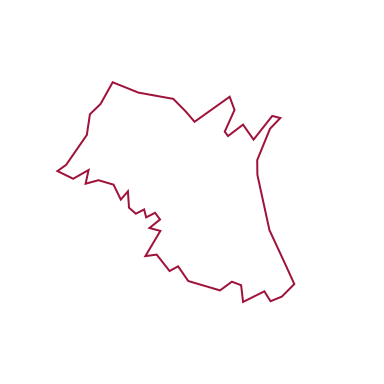 Hamblen, Tennessee, United States of America (Mercator projection), rotated 244°
{"feature_id": "52423323B13486239193987", "entity_name": "Hamblen", "entity_type": "district", "adm_level": 2, "iso_a3": "USA", "parent_name": "United States of America", "parent_adm1": "Tennessee", "projection": "mercator", "projection_center": [-83.267, 36.215], "detail": "fine", "context": "isolated", "style": "outline", "palette": "rose", "viewbox_px": 384, "rotation_deg": 244, "n_neighbors": 0, "source": "geoboundaries", "source_scale": "gbopen_adm2", "svg_char_len": 778}
<svg xmlns="http://www.w3.org/2000/svg" viewBox="0 0 384 384"><g transform="rotate(244 192 192)"><path d="M267.3,221.6L283.9,216.0L304.9,187.3L325.4,168.8L311.2,148.4L306.6,134.3L289.4,122.5L271.6,90.8L269.8,80.2L256.0,91.0L257.1,108.7L246.1,100.0L243.6,113.1L233.0,124.7L216.4,124.7L220.7,134.7L205.5,128.5L197.1,132.0L197.3,141.3L189.3,139.7L189.5,149.7L181.3,151.2L178.3,138.0L170.9,146.5L154.8,122.0L151.2,132.8L130.8,137.2L131.3,146.9L113.6,149.6L91.3,174.0L93.9,188.5L86.7,195.3L70.8,189.7L71.0,213.5L59.4,214.7L58.6,226.9L64.4,243.6L87.1,244.2L123.8,244.9L178.8,258.3L192.1,264.6L214.7,289.9L219.8,303.8L225.2,297.5L212.1,270.3L230.2,267.4L226.5,248.9L231.9,247.9L247.1,266.2L261.1,267.6L254.0,225.1L267.3,221.6Z" fill="none" stroke="#9f1239" stroke-width="2"/></g></svg>